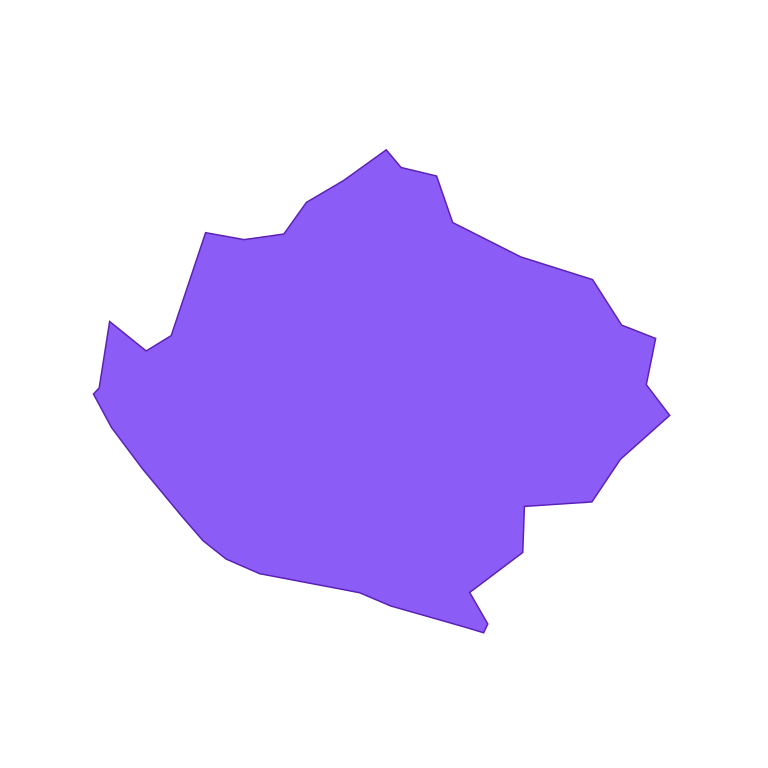 outline of Yangiarik, Khorezm, Uzbekistan, rotated 20°
{"feature_id": "79887680B98987238414073", "entity_name": "Yangiarik", "entity_type": "district", "adm_level": 2, "iso_a3": "UZB", "parent_name": "Uzbekistan", "parent_adm1": "Khorezm", "projection": "mercator", "projection_center": [60.528, 41.31], "detail": "fine", "context": "isolated", "style": "filled", "palette": "violet", "viewbox_px": 768, "rotation_deg": 20, "n_neighbors": 0, "source": "geoboundaries", "source_scale": "gbopen_adm2", "svg_char_len": 614}
<svg xmlns="http://www.w3.org/2000/svg" viewBox="0 0 768 768"><g transform="rotate(20 384 384)"><path d="M114.4,492.8L142.8,518.1L186.5,546.6L239.3,577.5L267.6,593.2L295.5,602.5L332.1,604.8L432.3,588.5L466.3,590.3L541.4,584.9L562.7,583.7L563.6,574.0L535.8,550.6L572.0,494.8L557.8,451.0L619.7,423.7L631.9,373.9L663.2,315.8L630.7,294.9L623.7,248.3L587.2,247.4L544.3,214.6L469.1,217.8L393.3,208.8L362.3,170.6L326.0,174.7L306.0,163.2L276.5,206.5L249.0,239.8L238.6,277.3L203.1,296.2L164.6,302.8L167.5,411.3L149.2,434.3L104.8,419.1L117.7,485.1L114.4,492.8Z" fill="#8b5cf6" stroke="#5b21b6" stroke-width="1.5"/></g></svg>